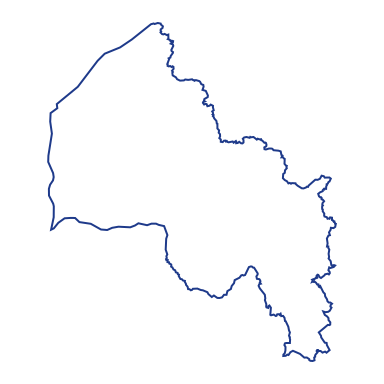 Dakcheung, Xékong, Laos
{"feature_id": "54806243B33031915083472", "entity_name": "Dakcheung", "entity_type": "district", "adm_level": 2, "iso_a3": "LAO", "parent_name": "Laos", "parent_adm1": "Xékong", "projection": "mercator", "projection_center": [107.512, 15.387], "detail": "fine", "context": "isolated", "style": "outline", "palette": "blue", "viewbox_px": 384, "rotation_deg": 0, "n_neighbors": 0, "source": "geoboundaries", "source_scale": "gbopen_adm2", "svg_char_len": 6026}
<svg xmlns="http://www.w3.org/2000/svg" viewBox="0 0 384 384"><path d="M283.3,356.0L285.7,355.8L287.3,354.6L288.5,355.0L290.4,352.2L292.9,350.8L300.0,353.9L304.3,357.6L306.8,357.5L309.2,359.1L309.3,360.1L310.4,360.8L312.6,361.0L314.5,360.3L314.2,357.5L315.2,356.7L315.1,355.4L315.7,354.4L317.5,352.4L316.6,351.0L317.2,350.0L318.1,350.0L318.9,351.0L320.6,351.0L322.5,352.6L325.1,351.6L326.5,352.7L329.6,350.1L326.9,345.1L326.6,342.9L324.8,342.7L321.2,337.4L321.0,335.8L318.8,332.4L327.8,324.9L329.4,325.1L330.2,324.6L330.3,322.3L328.5,320.0L328.5,318.2L327.2,316.5L324.8,314.9L323.3,311.5L325.4,312.2L328.2,311.8L329.8,310.7L331.5,307.6L330.4,306.6L330.6,305.1L332.0,303.7L330.3,302.5L328.8,302.5L327.5,301.3L327.0,299.3L325.2,296.4L324.8,293.7L323.4,292.4L320.4,286.4L319.8,287.3L319.1,287.0L318.7,286.5L319.0,285.5L318.3,285.2L318.3,284.4L317.1,284.4L316.1,282.8L314.5,281.5L313.9,282.0L312.8,281.6L312.1,281.9L312.8,280.3L312.2,279.7L313.5,279.1L314.4,279.3L315.9,277.6L316.8,278.1L317.3,277.7L316.6,275.8L317.5,274.7L318.3,274.9L319.7,277.2L321.0,278.0L324.4,275.4L325.1,274.3L327.8,273.7L328.9,274.4L329.8,273.2L329.7,272.0L328.4,270.2L329.2,267.4L330.4,268.0L333.7,267.0L335.1,265.5L334.0,265.1L331.8,265.5L331.3,265.0L330.7,261.2L328.6,258.5L329.1,257.0L328.6,253.8L329.3,249.6L328.3,247.9L328.3,246.5L327.0,246.5L327.6,243.4L326.9,238.5L328.4,235.6L329.9,235.2L329.0,232.4L330.6,229.8L330.9,227.8L333.5,228.1L335.2,226.9L335.8,223.9L335.1,223.8L334.8,222.4L334.1,222.1L334.2,221.3L333.3,221.2L333.0,220.4L332.0,220.0L332.0,217.7L330.1,217.4L329.5,218.8L328.2,218.4L327.5,218.7L326.8,217.2L324.5,216.5L324.1,215.2L324.3,213.6L322.7,211.3L322.8,209.5L322.2,209.1L322.1,207.4L322.2,206.0L322.9,205.5L322.3,204.6L322.5,203.2L324.1,201.2L322.8,199.7L321.6,199.3L321.7,198.0L321.0,197.2L320.3,197.4L319.0,196.3L318.2,193.8L320.1,192.3L322.7,191.2L322.8,190.1L323.9,188.9L324.5,189.4L325.0,188.6L326.1,188.8L326.2,186.3L326.9,185.2L326.6,184.3L327.7,183.7L328.5,182.0L329.5,181.5L330.8,178.6L329.4,177.5L324.7,177.6L323.8,176.2L321.6,175.7L319.9,178.8L317.7,179.8L315.3,179.7L308.6,185.6L308.0,186.9L306.8,186.7L306.0,187.5L303.6,188.4L301.8,188.3L297.6,185.7L295.7,184.0L295.5,183.3L291.9,183.1L291.0,183.7L289.8,182.9L288.4,183.4L287.0,181.3L284.8,180.1L282.9,178.2L283.2,174.0L284.8,172.8L285.0,170.3L286.8,168.2L286.4,167.0L286.8,165.9L285.9,165.5L284.5,163.8L284.7,158.9L283.8,158.4L282.9,157.2L281.6,157.3L282.5,155.6L281.4,154.9L280.7,151.4L278.6,150.7L273.5,150.2L272.4,148.8L271.1,148.5L269.1,148.5L265.9,149.5L264.5,149.2L264.3,147.4L266.2,146.3L266.5,144.9L266.0,143.0L265.5,142.6L264.4,142.8L262.2,140.5L261.2,140.2L261.0,139.2L259.7,139.4L257.6,138.7L256.8,139.6L253.5,137.0L250.8,137.3L250.2,136.9L249.6,137.8L246.4,137.0L244.1,137.5L242.8,138.8L243.5,140.0L243.5,142.5L242.5,143.4L241.1,143.3L239.2,141.8L237.7,143.0L236.2,143.2L236.3,141.7L235.9,141.0L233.6,142.7L232.7,141.5L228.6,142.3L227.3,141.9L226.9,141.1L225.9,141.5L225.6,140.6L224.0,140.7L222.7,142.1L220.8,141.8L220.8,139.5L219.3,138.1L220.1,136.5L220.0,134.2L218.7,132.7L219.1,130.4L217.4,128.5L217.4,123.8L216.8,123.5L216.4,120.9L214.2,118.4L213.8,117.1L212.9,116.2L213.6,115.1L212.7,114.5L213.1,114.2L213.0,112.8L212.2,111.4L213.7,110.3L212.9,107.2L213.0,105.8L210.7,104.6L209.6,105.7L207.4,106.2L206.6,104.1L205.5,103.9L204.1,104.5L202.9,102.8L203.1,102.1L204.8,101.4L203.9,100.9L204.4,99.0L207.7,97.1L207.9,95.5L205.8,90.9L202.5,89.9L203.6,86.7L203.3,84.9L201.3,84.2L200.1,81.8L199.3,81.1L195.9,80.1L194.6,80.7L194.5,80.2L193.1,80.1L192.1,79.3L188.2,79.9L185.2,79.5L183.9,80.4L180.0,80.6L177.1,79.2L175.9,77.3L172.7,75.4L172.3,72.8L172.9,72.0L172.0,70.8L173.6,68.8L173.4,66.8L172.5,66.3L171.6,67.0L170.1,66.0L168.8,66.4L167.6,65.9L167.7,64.2L167.3,64.0L169.2,58.9L168.7,58.3L170.4,57.5L170.7,56.0L172.8,53.1L173.0,52.1L171.7,51.2L171.3,50.0L173.3,45.9L172.9,44.5L170.9,43.7L172.9,42.3L173.1,41.1L171.8,40.7L171.1,41.5L170.6,41.4L169.9,39.9L167.9,39.1L168.4,38.6L168.3,34.6L166.9,35.1L164.6,33.9L163.4,34.4L162.1,34.1L160.5,32.4L161.2,31.4L160.6,30.6L160.7,29.4L162.5,28.0L162.9,26.3L160.9,24.5L160.7,23.6L157.8,23.0L154.6,24.0L153.7,23.5L151.0,24.2L131.8,39.5L120.1,47.4L104.7,53.7L97.6,60.8L77.8,86.8L56.8,104.1L57.3,108.2L50.6,113.1L50.2,121.6L51.9,133.6L48.4,155.7L48.2,161.9L53.1,173.1L53.7,177.1L53.0,180.4L50.1,184.7L48.9,188.8L49.0,195.6L53.2,203.7L53.8,206.3L53.7,217.3L51.1,229.7L53.8,228.4L58.3,222.8L64.6,218.3L70.9,217.9L75.1,218.0L79.4,222.1L90.8,223.8L101.0,229.5L107.2,230.0L112.2,227.8L118.5,226.7L130.3,227.3L135.0,225.5L138.4,223.3L147.1,225.2L151.4,223.7L156.1,223.7L158.8,224.9L164.1,226.1L167.4,235.1L166.2,238.7L165.7,249.7L167.3,254.4L166.4,256.2L166.8,258.1L166.0,259.1L166.4,260.2L167.7,260.1L167.5,262.1L169.1,262.3L169.3,263.6L170.9,264.2L171.4,265.0L171.1,266.6L172.4,267.4L173.5,269.5L175.2,270.3L175.8,272.3L177.6,272.9L177.8,274.1L179.0,274.7L178.7,276.0L180.4,279.0L181.9,279.2L183.0,280.5L184.9,280.9L184.8,281.9L185.9,283.7L186.0,284.8L187.6,286.7L188.1,289.1L189.5,289.2L190.8,290.3L192.0,289.9L192.9,288.8L197.4,288.6L200.8,290.0L202.9,290.3L207.4,292.2L208.4,294.1L211.8,297.0L213.9,295.5L217.3,297.9L219.4,298.0L222.0,297.4L224.0,294.8L226.5,294.8L227.4,291.1L230.9,289.0L231.7,286.0L234.0,283.2L234.7,280.1L239.5,277.7L241.2,275.4L242.4,275.0L243.6,275.5L245.1,275.0L248.9,267.1L250.9,266.4L252.0,266.6L252.9,267.5L254.1,267.7L257.7,273.4L257.6,274.6L256.4,276.4L256.9,278.8L259.4,279.2L260.2,280.4L260.4,281.5L259.8,282.4L260.8,283.7L259.3,284.1L258.6,285.8L259.8,288.4L264.8,294.7L265.3,298.4L264.9,300.1L266.3,304.1L266.2,306.8L266.5,307.4L268.2,307.9L268.4,306.2L269.4,305.5L270.9,307.7L270.3,314.8L271.0,315.3L273.7,314.6L275.8,316.0L276.5,315.8L277.2,314.3L279.0,314.2L279.6,314.9L280.6,313.8L281.2,316.1L283.1,315.9L284.5,317.8L285.0,321.0L285.7,321.2L288.3,326.7L289.0,330.4L289.9,332.4L289.0,335.8L289.9,337.2L289.6,337.8L290.1,339.3L289.9,343.0L286.1,343.0L284.9,343.4L284.4,345.1L285.5,346.9L285.4,350.6L284.7,353.3L283.4,354.6L283.3,356.0Z" fill="none" stroke="#1e3a8a" stroke-width="2"/></svg>